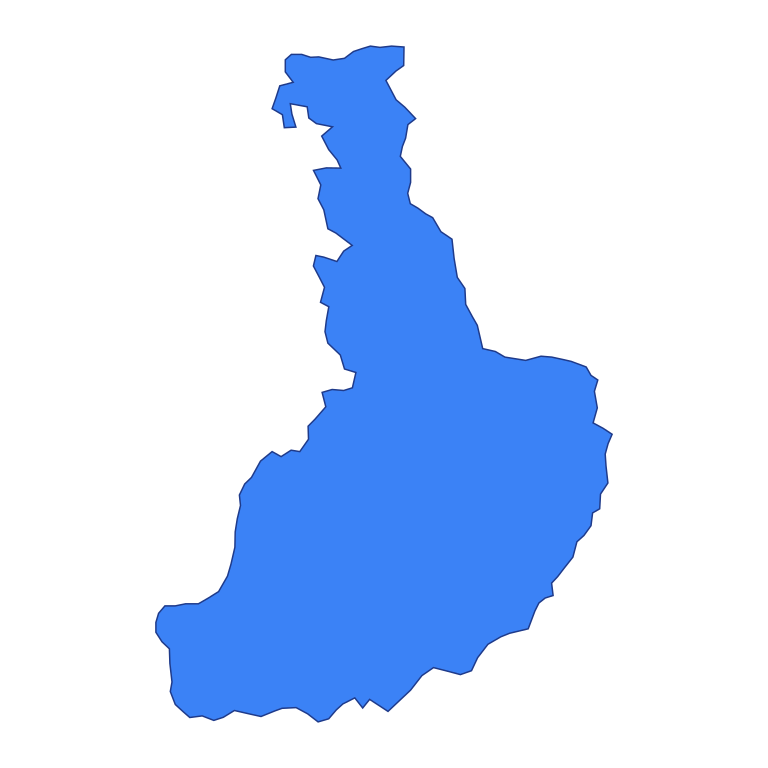 outline of Enéas Marques, Paraná, Brazil
{"feature_id": "56859067B67045600360452", "entity_name": "Enéas Marques", "entity_type": "district", "adm_level": 2, "iso_a3": "BRA", "parent_name": "Brazil", "parent_adm1": "Paraná", "projection": "natural_earth1", "projection_center": [-53.161, -25.883], "detail": "fine", "context": "isolated", "style": "filled", "palette": "blue", "viewbox_px": 768, "rotation_deg": 0, "n_neighbors": 0, "source": "geoboundaries", "source_scale": "gbopen_adm2", "svg_char_len": 2306}
<svg xmlns="http://www.w3.org/2000/svg" viewBox="0 0 768 768"><path d="M404.0,47.0L391.6,46.1L380.0,47.4L370.4,46.1L362.2,48.6L353.5,51.5L344.5,58.3L333.2,60.0L318.8,56.9L310.6,57.3L301.7,54.4L291.4,54.4L285.3,59.8L285.3,71.9L293.2,82.3L279.8,85.8L275.8,98.2L272.1,108.7L282.4,114.7L284.3,127.7L295.9,127.1L291.9,114.1L290.3,103.7L307.2,106.8L308.8,118.0L316.4,123.6L332.5,126.8L321.7,136.1L328.7,149.6L337.1,159.9L340.8,168.1L326.3,167.9L313.5,170.4L320.8,184.9L318.0,198.7L323.8,209.8L327.9,228.8L335.8,233.0L352.2,245.4L343.7,251.1L336.9,261.5L323.7,257.1L315.9,255.5L313.4,266.0L319.2,277.0L324.5,287.3L320.5,302.3L328.8,306.7L326.3,320.7L325.0,331.7L327.9,343.2L340.3,355.0L344.5,369.0L355.9,372.5L352.4,387.8L343.7,390.5L332.1,389.5L322.1,392.4L325.8,406.8L315.0,419.2L308.1,426.2L308.5,439.2L299.8,451.6L291.1,450.2L281.1,456.6L272.1,451.6L260.5,461.1L251.5,477.4L244.7,484.0L239.4,495.0L240.5,505.5L237.3,518.7L235.2,531.9L234.9,547.2L231.0,564.1L227.5,576.1L218.6,591.6L208.4,598.0L198.4,603.8L185.6,603.8L175.2,605.9L164.9,605.9L158.6,613.3L155.9,622.4L155.9,632.3L162.0,641.8L169.4,648.8L169.9,663.5L172.0,682.0L170.3,691.5L175.3,704.5L183.5,712.0L189.8,717.5L202.2,715.9L213.8,720.4L223.3,717.3L234.4,710.5L249.7,714.0L261.0,716.5L274.9,710.9L282.1,708.3L296.1,707.6L307.6,713.8L318.1,721.9L328.7,718.8L336.3,709.9L342.9,703.9L354.8,697.9L362.7,708.0L369.6,699.4L380.4,706.4L388.0,711.4L410.6,690.1L421.9,675.6L433.5,667.6L444.9,670.5L460.4,674.6L471.5,670.7L477.6,657.7L487.9,644.3L500.8,636.8L509.5,633.3L528.2,628.8L534.9,611.0L538.9,603.0L545.2,598.0L553.1,595.5L551.6,583.1L557.6,576.7L564.2,568.1L572.9,557.1L576.9,541.8L584.0,535.4L591.0,525.7L592.6,512.9L599.7,508.8L600.5,494.1L607.9,483.0L606.0,465.9L605.2,454.1L608.1,443.6L612.1,434.3L603.1,428.3L593.1,422.9L597.3,407.9L594.4,391.3L597.8,380.0L591.0,375.4L586.2,367.0L571.2,361.4L563.8,359.7L551.8,357.1L541.0,356.2L525.7,360.4L504.9,357.1L495.4,351.5L482.7,348.6L477.3,325.3L472.3,316.6L465.7,304.4L464.9,288.5L457.3,277.4L454.1,258.4L452.0,239.2L440.9,231.7L432.7,217.7L425.6,213.8L418.0,208.2L410.3,203.7L407.7,193.3L410.6,182.4L410.6,169.0L400.3,156.4L402.4,146.5L405.6,138.2L407.9,124.6L415.6,118.6L404.8,107.2L396.1,99.8L385.9,80.4L396.1,70.9L403.7,65.5L404.0,47.0Z" fill="#3b82f6" stroke="#1e3a8a" stroke-width="1.5"/></svg>